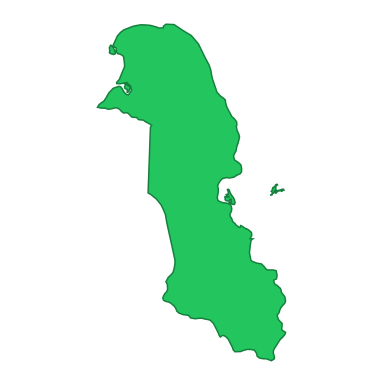 Lahad Datu, Sabah, Malaysia (Equal Earth projection), rotated 271°
{"feature_id": "92858781B71459572065664", "entity_name": "Lahad Datu", "entity_type": "district", "adm_level": 2, "iso_a3": "MYS", "parent_name": "Malaysia", "parent_adm1": "Sabah", "projection": "equal_earth", "projection_center": [118.4, 5.123], "detail": "fine", "context": "isolated", "style": "filled", "palette": "green", "viewbox_px": 384, "rotation_deg": 271, "n_neighbors": 0, "source": "geoboundaries", "source_scale": "gbopen_adm2", "svg_char_len": 5991}
<svg xmlns="http://www.w3.org/2000/svg" viewBox="0 0 384 384"><g transform="rotate(271 192 192)"><path d="M75.4,281.8L78.2,283.1L78.6,283.5L80.2,284.7L81.1,285.4L81.8,286.3L83.8,287.3L85.6,287.4L89.2,286.5L91.1,284.8L93.6,283.0L95.6,282.7L97.1,282.1L100.0,278.8L101.3,276.4L103.0,275.6L105.2,275.2L106.0,276.7L106.6,278.0L108.5,278.3L110.3,278.5L114.8,277.5L115.5,274.3L115.4,268.5L117.0,266.7L119.1,265.1L121.4,262.5L122.0,258.1L123.8,253.2L124.9,252.1L132.3,250.5L136.6,250.9L140.6,251.3L144.1,251.8L145.6,252.7L146.2,253.6L146.3,250.9L149.6,252.5L152.1,252.3L152.9,251.8L153.8,250.8L155.1,249.3L156.1,247.3L157.1,244.8L158.4,243.4L159.3,241.1L157.7,240.9L157.4,239.9L159.5,236.9L161.4,235.4L162.9,233.4L164.7,232.7L166.4,232.0L168.5,230.5L170.8,230.4L172.6,231.4L174.4,231.9L176.4,232.0L178.4,231.5L180.4,230.4L181.0,228.4L181.7,226.0L181.7,223.5L182.9,220.0L183.9,218.2L186.7,217.3L192.6,218.3L195.7,218.2L198.6,217.5L201.5,218.7L204.2,220.5L206.0,222.3L207.0,226.2L206.7,229.4L207.5,233.5L209.3,236.2L211.3,240.1L213.3,241.2L216.4,241.2L220.0,240.4L222.1,238.1L224.7,234.1L228.2,232.9L231.0,233.7L233.5,235.2L238.6,236.1L241.6,237.2L247.7,238.6L250.9,237.7L254.1,236.1L257.9,235.2L259.9,235.7L262.7,235.4L265.5,233.5L268.2,230.5L276.3,226.0L278.8,224.9L282.1,224.0L284.7,223.7L286.2,222.0L288.7,218.5L292.3,215.2L301.8,211.8L306.0,210.3L309.7,209.5L313.7,208.8L319.0,207.0L327.3,202.4L340.1,195.9L348.4,188.6L353.7,179.5L359.1,171.2L359.2,167.7L359.3,163.0L357.3,160.6L355.7,160.5L355.3,156.5L356.2,154.0L357.9,147.4L358.2,143.1L358.3,137.8L356.9,130.9L355.3,126.7L352.9,121.0L350.3,117.7L346.8,114.7L337.6,110.7L336.0,111.2L334.6,113.7L330.8,114.0L329.0,115.2L328.5,118.0L326.4,121.2L319.4,122.2L316.1,122.4L307.6,119.0L303.3,117.4L300.2,114.7L299.0,114.9L299.0,118.2L299.5,121.4L300.4,124.9L298.7,126.6L296.9,128.7L292.8,129.9L288.1,126.9L288.4,124.6L290.6,122.4L294.4,120.2L295.6,119.2L296.4,117.9L296.2,116.5L295.9,115.7L294.4,111.5L290.1,107.5L287.1,105.7L284.4,104.3L281.4,102.3L279.7,100.0L277.9,97.7L275.1,96.0L274.3,99.7L274.3,103.5L273.3,107.0L273.7,110.0L274.4,112.2L274.9,115.0L273.6,118.0L271.9,119.5L269.8,122.0L270.1,125.9L269.2,127.2L267.7,128.6L265.8,130.6L265.6,132.7L265.6,135.2L263.4,137.4L263.2,139.9L262.9,142.3L261.5,144.1L260.4,146.4L258.1,150.5L256.0,149.3L190.3,148.1L188.5,151.3L186.6,153.6L184.4,156.5L178.9,161.1L175.0,163.2L169.1,165.8L161.0,167.3L138.4,172.7L127.7,175.2L123.3,176.2L120.0,176.2L114.9,175.4L111.3,174.4L108.8,172.5L106.3,169.8L101.9,167.5L99.0,169.0L94.3,169.3L92.0,168.5L90.0,166.7L87.5,165.3L85.7,164.7L83.4,165.3L82.2,167.5L81.5,171.0L79.9,173.5L77.4,176.4L75.1,177.9L72.6,178.9L70.8,180.9L69.3,185.1L68.6,190.6L66.0,192.9L65.3,197.6L65.8,200.6L66.0,203.9L65.2,207.1L64.7,210.5L64.0,212.6L61.0,215.7L58.6,217.0L56.4,218.2L51.7,220.7L49.1,221.7L47.5,222.8L49.1,224.9L48.9,226.7L47.6,228.7L45.3,230.9L37.4,235.1L35.0,235.9L33.0,237.7L33.3,243.3L34.7,246.8L35.6,250.3L35.6,253.6L34.9,257.1L32.3,259.1L28.8,260.1L27.2,262.3L26.6,265.6L26.5,266.2L26.5,269.3L24.7,274.4L26.7,277.3L28.4,277.3L30.6,276.7L32.4,276.1L34.5,276.1L36.7,277.0L38.6,278.2L40.4,279.3L44.5,281.8L46.1,282.8L48.5,285.3L50.3,286.7L51.9,287.7L53.4,288.0L54.6,285.7L55.7,284.2L57.4,284.1L60.1,284.4L62.2,284.4L65.1,281.3L66.8,280.3L70.1,279.3L71.5,280.2L73.0,281.2L75.4,281.8ZM188.0,225.1L187.5,224.9L186.5,225.3L185.3,225.2L184.5,225.5L183.8,226.6L183.7,227.7L184.0,228.9L184.3,229.7L185.2,230.0L185.7,230.6L185.3,231.3L184.4,231.2L183.3,231.7L182.9,231.5L182.7,231.0L182.8,229.3L182.1,229.2L181.9,230.5L181.4,231.4L180.5,232.3L180.3,233.4L180.3,234.6L182.0,235.3L183.1,235.0L185.1,234.5L187.2,233.4L188.4,232.5L189.8,231.4L192.0,230.1L193.9,229.5L195.2,228.8L195.3,227.7L194.9,227.3L193.8,227.9L192.8,228.2L191.5,228.3L190.5,228.5L190.2,227.0L190.0,226.2L189.0,226.7L188.7,227.8L187.8,228.8L187.6,227.5L187.7,226.2L188.0,225.1ZM336.0,107.4L335.2,106.9L334.3,106.9L333.5,107.1L332.1,107.2L331.1,107.5L330.2,106.9L329.3,107.5L328.8,108.5L328.6,109.4L328.4,110.3L328.1,111.1L328.5,112.2L328.9,112.9L329.9,112.9L331.7,112.4L332.8,112.0L333.3,111.5L334.1,111.2L335.1,110.9L335.5,110.0L336.6,109.4L337.2,109.0L337.3,108.0L336.6,107.7L336.0,107.4ZM297.2,123.3L296.2,122.8L295.5,122.8L294.5,123.1L293.9,123.8L293.6,125.0L293.3,125.7L292.7,125.7L292.0,125.4L291.3,125.4L290.7,125.4L290.6,126.1L291.1,126.7L291.7,127.1L292.6,127.6L293.7,128.0L294.7,128.1L295.8,128.3L296.5,127.6L296.8,126.8L297.4,126.1L297.6,125.4L298.4,125.0L299.1,124.6L298.9,122.9L298.4,123.2L297.8,123.5L297.2,123.3ZM191.8,272.1L191.3,271.9L190.8,271.4L190.6,270.9L190.2,270.9L190.3,271.3L190.5,271.6L190.5,272.0L190.9,272.2L191.5,272.5L191.9,272.7L192.1,273.0L192.2,273.4L192.7,273.7L193.0,273.8L193.0,274.3L192.9,274.8L192.8,275.2L192.4,275.5L192.3,276.0L192.8,276.2L193.0,276.4L193.0,277.0L193.1,276.4L193.1,276.0L193.6,275.8L194.1,275.4L194.1,275.0L194.0,274.5L194.5,274.3L194.7,274.7L194.7,275.1L195.0,275.4L194.8,275.8L194.6,276.1L194.5,276.3L194.6,276.6L194.7,276.8L194.6,277.2L194.3,277.5L194.0,277.7L194.2,277.8L194.6,277.6L194.8,277.3L195.0,276.8L195.2,276.6L195.4,276.5L195.5,276.2L195.7,275.9L196.3,275.5L196.6,275.4L197.1,275.6L197.4,275.7L197.9,275.8L198.2,275.5L198.5,275.1L199.0,275.0L199.2,275.4L198.9,275.8L199.2,275.9L199.5,275.8L200.0,276.0L200.4,276.2L200.3,277.0L200.5,277.4L201.0,277.3L201.2,276.7L201.0,276.1L200.7,275.6L200.3,275.2L200.0,275.1L199.6,275.1L199.3,275.1L198.7,274.5L198.5,274.1L198.2,273.5L198.0,273.0L197.8,272.8L197.4,273.0L197.0,272.7L196.6,272.3L196.0,272.3L195.4,272.2L194.7,271.7L194.3,271.4L194.0,271.2L193.5,272.0L193.1,272.2L192.7,272.3L191.8,272.1ZM195.9,283.6L196.3,283.6L196.4,282.9L196.3,282.4L196.3,281.7L196.0,281.4L195.7,281.0L195.6,280.3L195.5,279.9L195.3,279.4L195.3,278.8L195.0,278.4L194.7,278.4L194.6,278.6L194.5,279.0L194.8,279.5L195.0,279.8L195.0,280.2L194.8,280.6L194.6,281.0L194.3,281.4L194.2,281.8L194.5,282.1L194.8,282.2L195.1,282.5L195.4,283.1L195.5,283.3L195.5,283.8L195.9,283.6Z" fill="#22c55e" stroke="#15803d" stroke-width="1.5"/></g></svg>